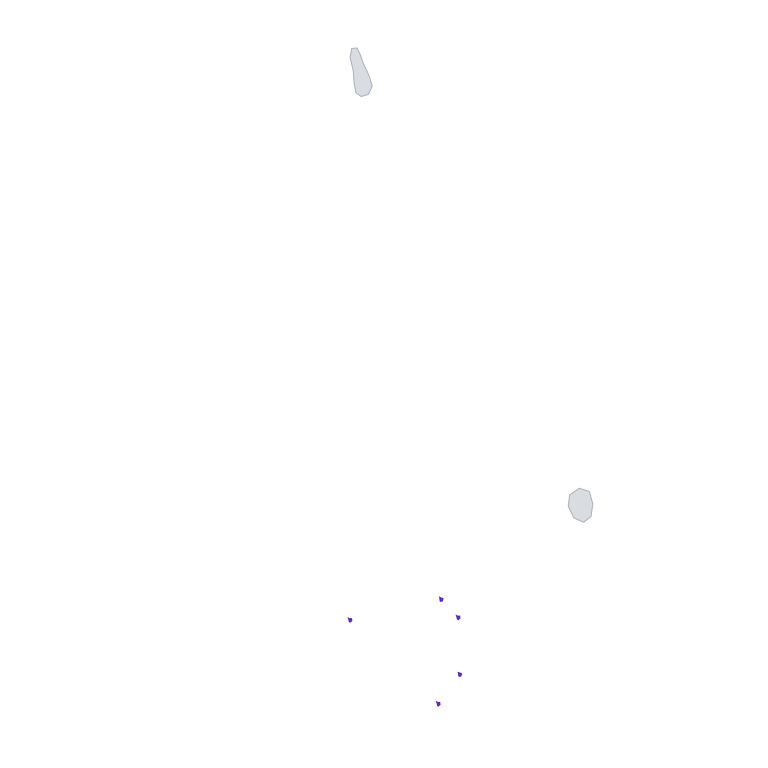 location of Faafu within Maldives, rotated 328°
{"feature_id": "MDV-5233", "entity_name": "Faafu", "entity_type": "Atoll", "adm_level": 1, "iso_a3": "MDV", "parent_name": "Maldives", "parent_adm1": "", "projection": "natural_earth1", "projection_center": [72.957, 3.195], "detail": "coarse", "context": "in_parent", "style": "filled", "palette": "violet", "viewbox_px": 768, "rotation_deg": 328, "n_neighbors": 0, "source": "natural_earth", "source_scale": "10m", "svg_char_len": 1074}
<svg xmlns="http://www.w3.org/2000/svg" viewBox="0 0 768 768"><g transform="rotate(328 384 384)"><path d="M531.9,125.2L524.2,130.1L517.0,128.1L514.5,122.1L518.1,113.1L524.1,101.6L528.3,89.1L534.4,82.4L539.1,84.7L538.5,91.7L536.3,101.3L534.9,113.7L531.9,125.2ZM489.4,606.0L480.0,607.0L474.1,598.2L475.4,585.4L482.7,576.4L494.4,575.9L501.1,583.9L497.6,596.3L489.4,606.0Z" fill="#d9dde1" stroke="#a8b0b8" stroke-width="1"/><path d="M318.2,594.8L318.8,595.9L319.7,596.7L319.9,597.5L318.3,598.7L316.9,598.0L317.1,597.2L317.7,596.1L318.2,594.8ZM294.2,668.4L294.3,668.5L294.8,669.5L295.7,670.2L295.9,671.0L294.3,672.2L293.0,671.5L293.1,670.7L293.8,669.7L294.2,668.4ZM322.8,619.3L323.4,620.3L324.4,620.7L324.9,621.1L324.1,622.7L322.2,622.9L321.9,622.2L322.4,621.0L322.8,619.3ZM229.8,564.2L230.4,565.2L231.4,565.5L231.5,565.7L231.8,565.9L231.1,567.5L229.1,567.7L228.9,567.1L229.4,565.8L229.8,564.2ZM260.3,682.0L260.8,683.0L261.4,683.2L261.7,683.3L262.2,683.7L261.5,685.3L259.5,685.6L259.3,684.9L259.9,683.6L260.3,682.0Z" fill="#8b5cf6" stroke="#5b21b6" stroke-width="1.5"/></g></svg>